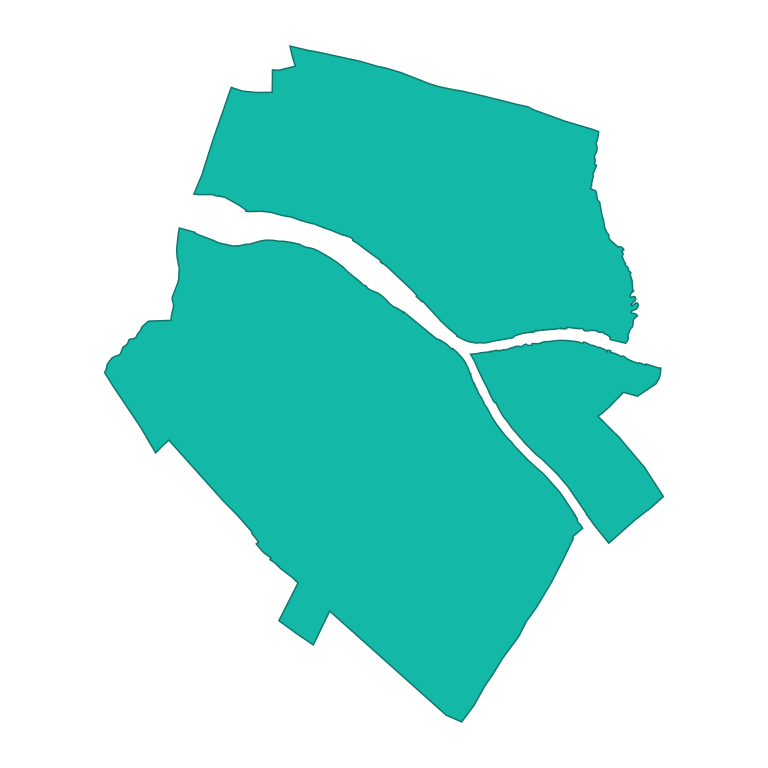 Kota Pontianak, Kalimantan Barat, Indonesia (Albers equal-area conic projection)
{"feature_id": "22746128B68403360613456", "entity_name": "Kota Pontianak", "entity_type": "district", "adm_level": 2, "iso_a3": "IDN", "parent_name": "Indonesia", "parent_adm1": "Kalimantan Barat", "projection": "albers", "projection_center": [109.343, -0.03], "detail": "fine", "context": "isolated", "style": "filled", "palette": "teal", "viewbox_px": 768, "rotation_deg": 0, "n_neighbors": 0, "source": "geoboundaries", "source_scale": "gbopen_adm2", "svg_char_len": 6114}
<svg xmlns="http://www.w3.org/2000/svg" viewBox="0 0 768 768"><path d="M573.4,538.4L572.5,537.9L573.2,536.3L582.7,528.3L580.4,524.8L577.6,521.8L577.1,518.4L574.9,515.5L575.3,515.3L574.4,513.9L574.1,514.1L572.9,511.7L563.9,498.1L559.9,492.3L557.9,490.0L544.6,475.1L541.9,472.3L540.8,471.7L528.3,460.4L515.0,446.6L510.5,440.9L509.6,440.4L504.7,435.0L496.4,424.1L492.3,417.8L486.9,407.6L484.9,405.2L482.1,399.0L478.8,393.7L476.4,388.2L474.6,385.3L474.9,384.8L474.1,383.1L473.6,383.3L470.3,374.5L470.9,374.1L469.0,371.1L468.5,368.8L465.2,362.7L465.5,362.7L461.7,357.4L457.0,352.3L452.5,348.4L451.6,349.0L446.6,344.2L439.5,339.7L436.6,338.9L403.7,311.9L403.1,312.8L402.1,311.3L395.7,307.4L394.1,307.3L389.2,303.2L386.6,300.3L382.0,295.9L377.6,293.0L370.7,290.2L367.6,288.3L365.6,285.6L364.0,285.4L363.0,284.8L360.2,282.0L347.2,271.4L343.4,267.4L336.1,261.8L330.1,257.8L318.5,251.1L313.6,248.9L308.8,247.7L306.5,247.5L302.4,245.9L299.6,244.3L291.6,242.5L283.6,241.3L278.4,241.2L273.9,240.4L266.1,240.1L260.1,241.1L249.7,244.2L246.5,244.2L239.9,245.6L233.4,246.1L219.1,243.0L213.3,240.4L195.3,233.5L195.2,232.4L179.3,228.0L178.0,236.2L176.6,250.2L177.2,257.7L178.5,265.2L179.3,267.4L178.6,279.7L177.6,283.4L172.1,297.7L172.2,299.2L173.4,304.2L173.5,306.6L171.6,314.8L170.8,320.4L149.4,321.1L148.0,321.5L143.1,325.8L141.5,327.7L140.4,330.9L138.2,333.0L135.7,337.8L132.9,338.9L130.0,339.1L128.7,340.1L128.3,342.0L127.3,343.8L125.7,345.4L123.1,347.0L120.4,353.8L119.0,355.1L115.4,356.2L112.3,357.7L108.5,362.3L107.1,364.9L106.2,369.2L104.6,372.6L113.4,386.6L140.8,427.5L155.6,452.9L163.0,445.4L168.8,440.1L223.2,500.9L237.6,515.5L251.9,531.8L251.6,532.9L253.4,535.6L253.9,535.9L258.6,542.1L256.2,543.9L261.9,550.8L264.5,553.3L271.2,558.0L269.9,559.6L274.5,562.6L280.9,568.8L293.9,578.7L293.8,579.0L298.0,583.0L278.9,620.7L297.4,634.2L313.3,644.9L329.7,611.1L446.2,715.2L461.7,721.9L473.9,705.5L484.8,686.0L492.8,674.4L502.8,658.0L518.6,636.7L526.5,621.2L536.6,607.2L551.5,582.2L562.5,560.9L573.4,538.4ZM598.6,131.6L594.2,129.9L564.9,121.2L533.4,109.7L528.0,106.8L516.4,104.3L486.6,96.8L461.7,91.0L454.5,89.9L438.4,86.6L429.0,83.6L401.2,72.7L385.3,67.9L376.9,66.2L360.0,61.3L316.4,51.8L307.3,50.2L290.0,46.1L292.2,55.8L295.3,66.2L278.7,70.3L272.5,69.9L272.2,92.3L256.5,92.5L242.5,91.1L231.2,87.4L213.5,138.4L202.9,171.6L202.9,172.5L193.9,194.1L198.2,194.6L211.8,194.6L214.9,195.3L215.1,195.6L219.7,196.4L219.8,196.2L225.3,197.5L239.1,205.2L246.2,210.1L245.9,211.2L248.6,211.6L261.1,211.3L270.7,212.3L282.7,215.6L291.6,217.1L300.4,220.4L302.0,220.9L302.3,220.6L304.8,221.7L312.9,223.8L313.5,223.6L320.8,226.6L323.2,227.1L323.0,227.5L332.0,230.6L343.0,235.2L343.3,234.7L346.6,236.2L350.3,237.2L352.7,239.0L352.7,240.5L357.7,243.5L365.8,249.8L379.4,259.6L380.8,261.1L380.3,261.9L382.5,263.6L382.8,263.2L388.3,267.7L413.2,291.3L416.9,295.7L416.3,296.4L422.0,301.8L422.4,301.3L423.3,301.9L440.0,319.9L439.9,320.1L448.1,327.9L455.9,334.4L457.1,335.7L456.9,336.2L464.7,340.2L469.1,341.8L476.3,343.1L480.6,342.6L481.7,343.0L483.8,343.0L487.9,342.5L493.9,341.0L513.2,337.7L513.6,336.7L516.0,335.4L522.4,333.4L532.2,332.0L532.5,332.5L533.3,332.3L533.5,331.7L535.0,331.4L535.0,330.6L536.7,330.3L536.9,331.0L538.1,330.6L542.9,330.2L542.9,329.8L543.6,329.7L543.6,330.1L551.9,329.3L554.8,329.3L560.0,328.2L560.3,328.6L561.1,328.0L561.1,328.6L564.0,329.0L564.1,328.7L566.4,328.7L566.4,328.1L567.2,327.9L567.3,327.2L573.5,328.1L574.3,328.0L575.9,328.4L576.2,328.1L577.0,328.6L578.0,328.4L579.3,328.8L581.1,328.2L582.7,328.8L584.4,330.6L586.1,331.0L591.2,330.4L595.4,330.6L596.7,330.7L597.6,331.8L600.3,332.4L602.5,332.0L603.7,333.2L607.1,334.9L610.0,337.1L610.1,339.5L625.6,343.2L627.7,340.4L628.2,338.8L628.0,335.4L629.8,330.1L630.7,328.6L632.3,327.0L632.9,325.2L633.1,321.8L633.7,319.1L637.5,315.8L637.1,315.1L635.8,314.2L634.5,313.5L632.5,313.3L631.5,312.9L631.1,312.2L631.5,311.2L636.5,309.0L637.9,306.9L638.2,305.7L638.0,303.8L637.6,303.2L636.2,302.9L633.3,304.7L632.2,306.1L631.5,305.7L631.1,304.6L631.5,303.7L634.6,301.1L635.5,299.7L635.7,298.3L635.0,296.8L633.8,296.5L632.1,297.1L630.8,297.3L630.2,296.7L630.2,295.6L631.1,293.3L632.3,291.9L633.2,291.8L633.6,291.3L633.5,290.5L632.7,290.0L632.1,280.6L630.8,276.7L630.3,274.1L630.9,272.6L628.8,270.9L627.9,267.4L626.2,265.9L625.4,264.8L625.3,263.0L624.0,261.2L623.0,258.5L621.9,256.9L622.8,255.0L623.1,253.3L621.9,252.1L621.8,251.1L623.6,250.4L623.7,249.2L622.3,247.8L620.8,246.9L617.8,246.7L611.0,240.8L609.0,238.4L608.6,234.4L607.2,233.3L606.2,230.5L604.8,228.1L603.3,219.2L602.2,216.4L599.6,202.1L597.8,200.2L597.2,198.7L596.6,194.0L596.0,191.5L595.1,190.3L593.4,190.2L590.3,188.1L591.7,185.6L591.5,183.8L593.3,176.3L592.9,174.3L596.4,166.0L596.4,165.3L594.8,164.5L594.6,163.8L595.3,160.4L595.0,158.6L594.4,157.1L594.4,155.8L596.7,151.6L597.1,149.2L596.8,145.9L595.8,143.2L597.3,140.4L598.6,132.7L598.6,131.6ZM660.8,368.1L658.4,367.9L645.9,364.0L645.7,365.2L639.8,362.9L638.4,363.2L633.4,361.8L627.1,358.9L624.9,357.0L623.0,356.0L621.8,356.4L620.0,356.1L618.4,355.0L614.5,353.3L610.4,352.4L610.9,351.1L610.6,350.8L607.7,350.1L606.9,351.9L606.4,350.9L604.6,349.5L599.4,347.3L598.5,347.7L594.9,346.1L592.0,345.2L590.9,345.3L586.4,342.9L583.6,342.0L582.9,343.6L578.6,342.0L573.4,341.2L564.6,340.4L558.0,340.4L547.7,341.7L544.2,341.7L539.8,343.3L537.7,343.7L532.0,343.6L531.8,345.4L527.5,345.3L526.2,344.1L524.6,344.5L521.5,346.7L517.2,346.1L509.6,348.4L507.4,349.5L502.8,349.8L501.5,350.5L499.8,350.4L499.8,350.8L499.2,350.6L497.1,350.8L496.6,350.2L491.1,351.6L491.1,351.3L489.7,351.5L489.7,351.9L480.8,352.8L476.7,353.7L470.6,354.2L475.0,362.3L477.4,368.0L483.2,380.3L486.7,386.8L490.2,394.9L493.7,401.5L494.9,402.8L495.8,402.4L499.2,409.7L503.2,416.3L507.7,422.0L511.6,427.6L525.9,444.2L535.9,454.3L542.8,459.9L557.5,474.4L567.8,486.5L584.7,511.1L586.5,513.8L586.3,514.4L588.0,516.3L589.3,518.5L590.5,519.6L593.2,523.8L608.8,543.2L635.2,519.8L651.4,507.3L663.4,496.6L644.3,467.1L624.9,444.3L619.3,437.3L613.3,431.7L598.0,416.2L601.7,413.6L609.1,407.1L623.5,392.3L637.5,396.2L656.0,383.8L659.1,378.5L660.4,373.6L660.8,368.1Z" fill="#14b8a6" stroke="#0f766e" stroke-width="1.5"/></svg>